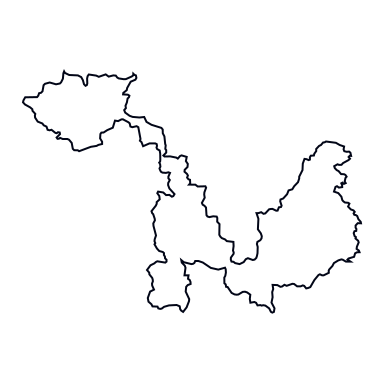 the district of Caratinga, Minas Gerais, Brazil
{"feature_id": "56859067B96917379778032", "entity_name": "Caratinga", "entity_type": "district", "adm_level": 2, "iso_a3": "BRA", "parent_name": "Brazil", "parent_adm1": "Minas Gerais", "projection": "mercator", "projection_center": [-42.127, -19.689], "detail": "fine", "context": "isolated", "style": "outline", "palette": "ink", "viewbox_px": 384, "rotation_deg": 0, "n_neighbors": 0, "source": "geoboundaries", "source_scale": "gbopen_adm2", "svg_char_len": 6009}
<svg xmlns="http://www.w3.org/2000/svg" viewBox="0 0 384 384"><path d="M152.5,306.4L157.5,306.6L158.3,308.4L160.2,308.9L161.7,308.6L164.1,306.8L169.0,305.4L176.6,305.0L179.7,306.3L180.2,309.2L181.2,310.6L183.1,311.9L186.6,307.4L189.0,301.2L189.2,299.1L185.7,291.6L186.2,286.8L187.7,285.1L190.6,284.0L190.5,282.0L189.7,280.0L188.0,278.8L188.5,275.3L184.5,275.3L185.5,267.8L184.8,265.7L181.8,262.6L181.3,260.1L183.8,262.2L191.4,264.1L193.1,263.8L194.4,262.9L195.2,261.0L198.4,261.0L202.8,262.5L210.8,267.9L218.3,269.6L225.0,267.7L225.7,269.3L225.9,272.5L225.3,275.8L224.3,277.6L224.4,283.3L225.7,284.4L226.1,286.8L227.6,287.0L231.6,292.9L234.5,294.4L236.6,294.7L238.4,294.5L242.7,291.9L245.0,291.7L247.1,292.4L250.3,294.7L249.8,299.0L250.4,302.7L254.4,302.0L256.1,302.8L257.5,305.4L260.4,305.1L261.6,305.6L263.2,305.2L265.4,305.6L269.2,308.4L270.9,311.8L272.3,312.6L273.9,311.9L274.5,308.3L271.5,302.6L272.6,297.2L272.2,292.1L273.2,289.0L272.6,284.9L277.4,285.1L280.4,286.8L282.1,286.5L284.4,284.8L286.7,285.8L292.4,283.8L294.1,284.0L297.1,286.3L300.7,286.3L302.8,285.4L304.2,285.9L306.2,288.4L308.1,288.0L310.3,287.1L314.4,280.0L318.5,275.0L319.9,274.3L322.0,275.3L323.7,275.3L328.8,272.8L328.7,270.7L329.2,269.5L332.4,266.0L333.9,263.1L338.3,260.4L341.4,259.4L342.7,259.7L345.9,261.6L350.5,261.6L347.5,259.6L348.5,258.5L354.1,256.8L355.1,253.3L357.0,252.3L359.5,252.2L358.9,250.6L356.6,248.9L356.9,246.7L358.7,242.4L358.1,240.7L355.5,238.5L355.9,237.1L354.6,236.1L353.7,233.1L354.5,231.2L356.2,230.9L356.4,229.0L355.6,227.7L355.6,225.5L357.7,223.2L361.0,223.3L360.7,221.8L358.4,219.2L357.2,216.0L355.7,215.0L354.3,214.8L353.6,213.4L354.7,211.9L353.5,210.4L350.8,209.4L348.1,206.6L349.4,203.6L348.2,202.8L344.9,202.5L343.3,201.3L342.3,200.1L341.4,196.7L338.3,193.1L334.0,191.6L335.5,186.9L337.0,186.2L338.9,187.6L342.2,187.1L342.1,185.1L341.3,183.3L342.5,182.6L343.9,183.9L345.7,183.1L344.7,181.4L345.5,177.9L346.6,176.7L345.4,174.9L344.0,174.2L341.1,174.1L338.6,171.1L336.7,170.1L334.8,168.1L334.2,166.2L337.5,164.3L339.1,164.9L341.5,164.8L343.0,163.1L348.5,160.1L350.0,158.7L348.6,157.0L349.7,155.8L351.1,155.9L350.4,152.7L349.1,151.6L346.7,151.8L344.3,151.2L343.6,149.4L344.1,146.5L339.7,145.0L335.9,142.8L326.0,141.5L324.7,142.3L323.1,142.5L321.0,145.0L319.1,145.9L316.2,149.0L316.2,151.1L314.3,153.7L313.9,155.5L310.8,155.7L309.9,157.2L309.9,159.6L308.6,160.1L306.6,159.2L304.5,158.9L302.8,163.6L302.5,170.1L299.2,176.7L299.2,178.5L298.0,182.2L294.2,186.2L292.3,189.3L288.6,190.4L287.1,194.2L283.2,198.5L280.5,199.5L280.2,201.3L281.6,205.7L281.0,207.0L278.9,207.3L277.6,210.6L276.2,210.7L272.5,208.9L270.7,209.0L269.1,209.3L265.3,213.4L263.5,213.8L261.2,212.2L258.4,213.1L256.5,213.1L258.4,218.8L257.9,229.3L260.8,233.3L261.8,236.2L261.5,238.4L260.3,240.2L257.4,241.9L256.9,244.0L257.7,246.9L257.5,253.3L256.9,256.1L256.3,257.9L254.6,259.6L252.8,260.0L247.9,258.2L245.8,259.2L243.7,262.1L239.6,264.1L235.1,263.1L233.5,261.8L231.5,261.6L230.8,259.6L230.9,257.6L233.6,253.8L233.7,252.4L233.0,250.6L233.6,246.1L233.4,241.9L226.8,241.1L225.0,239.4L221.8,238.1L220.3,236.6L219.3,234.8L219.5,224.1L217.2,221.7L217.3,218.0L216.7,216.6L213.2,216.3L209.4,217.1L207.5,216.5L206.5,215.2L206.0,207.5L204.4,205.7L202.7,204.7L201.9,202.9L204.7,197.7L204.2,194.6L204.4,192.3L206.1,187.7L205.4,186.3L197.7,186.5L195.4,184.7L189.1,184.6L190.2,183.3L190.0,179.8L188.5,179.3L187.1,177.6L187.9,175.5L187.0,173.9L184.5,171.7L184.7,169.8L187.5,167.0L187.8,163.9L185.9,161.1L186.7,156.9L181.6,155.4L180.1,156.0L177.8,158.6L176.3,157.6L170.2,156.4L164.5,156.5L163.4,155.5L166.2,152.6L166.2,150.1L165.3,148.9L165.7,145.3L165.2,144.0L164.4,136.4L162.8,133.3L162.7,129.5L161.4,127.9L151.5,124.8L146.5,121.9L144.2,117.0L139.5,117.5L132.6,116.9L129.6,115.8L125.2,112.6L124.2,110.1L125.9,108.1L125.5,105.8L126.9,102.4L127.6,98.5L128.9,97.3L129.4,95.7L127.9,94.7L123.1,94.4L123.3,92.9L126.7,90.2L127.2,87.9L130.7,81.7L135.4,79.7L136.4,77.9L135.9,75.4L134.5,74.9L133.3,73.7L133.2,75.4L131.7,76.5L125.9,79.1L123.8,79.2L118.7,78.4L117.2,77.5L115.8,75.6L113.3,75.4L108.7,76.6L105.7,74.4L98.8,76.8L96.2,75.6L88.8,74.5L87.6,76.2L87.1,78.5L87.3,83.5L86.8,85.1L85.5,85.8L84.0,84.2L82.9,80.2L81.2,77.1L77.9,75.4L69.2,75.0L64.9,72.9L64.1,71.4L63.4,73.2L62.9,78.7L61.1,82.3L59.9,83.5L56.0,84.3L49.7,82.5L45.0,83.8L43.6,85.2L42.5,91.3L41.0,92.8L39.1,93.2L38.3,95.6L37.1,97.1L25.2,97.3L23.5,100.3L23.0,102.3L25.0,104.5L30.2,107.4L32.3,109.2L32.5,110.8L35.3,113.9L34.9,115.5L35.1,117.6L37.7,121.6L42.4,123.5L43.7,125.3L46.5,126.6L47.6,129.8L49.6,130.3L51.5,129.8L55.4,132.9L56.7,133.2L58.0,132.2L59.7,132.5L60.0,134.1L56.6,137.5L57.5,138.8L58.9,138.7L60.1,137.9L62.7,139.0L67.4,139.0L69.0,139.7L71.7,142.9L72.8,148.8L74.2,150.2L77.8,150.3L79.1,151.2L90.9,146.8L96.6,145.9L98.4,144.9L102.1,144.0L102.1,141.7L100.1,138.4L100.4,134.0L101.4,132.6L103.6,132.5L107.3,130.1L112.8,127.7L115.0,120.6L118.1,121.1L121.4,119.4L122.9,119.3L128.5,122.3L129.7,123.4L130.4,126.5L132.3,127.2L136.6,126.2L138.3,127.2L140.5,139.0L139.9,140.7L141.5,142.1L143.1,146.2L149.5,143.4L155.2,143.4L156.7,144.1L157.0,145.9L156.5,147.6L157.2,149.1L159.7,150.5L160.2,153.7L160.3,159.8L160.1,161.6L159.2,162.6L160.1,164.2L160.4,166.7L159.5,168.4L160.0,169.9L160.9,171.7L162.4,172.6L165.9,172.9L168.4,172.3L170.0,172.9L168.4,176.6L168.4,178.3L169.8,180.0L168.2,183.0L168.1,185.1L169.4,188.5L174.5,194.1L173.3,196.1L171.9,196.7L169.4,194.9L166.1,195.1L163.3,192.5L158.1,191.6L157.3,193.2L159.3,196.0L159.7,199.3L156.7,202.1L156.7,203.8L155.8,205.7L151.5,211.2L152.2,213.2L153.2,214.2L154.7,218.7L154.9,220.3L153.3,223.4L153.5,225.9L156.0,235.5L154.7,239.3L154.5,241.2L155.3,243.1L154.5,244.3L157.0,248.6L159.2,251.0L162.8,252.0L164.0,253.1L163.9,255.0L164.9,256.5L165.1,258.4L166.5,259.7L166.5,261.6L165.3,262.6L157.3,261.3L155.9,262.0L154.3,263.4L150.5,265.3L147.0,270.0L149.2,272.6L149.4,274.4L152.2,277.9L152.7,279.5L152.9,281.2L152.0,283.7L152.2,285.6L154.0,289.6L150.1,291.6L147.8,298.0L148.5,301.7L151.4,304.2L152.5,306.4Z" fill="none" stroke="#020617" stroke-width="2"/></svg>